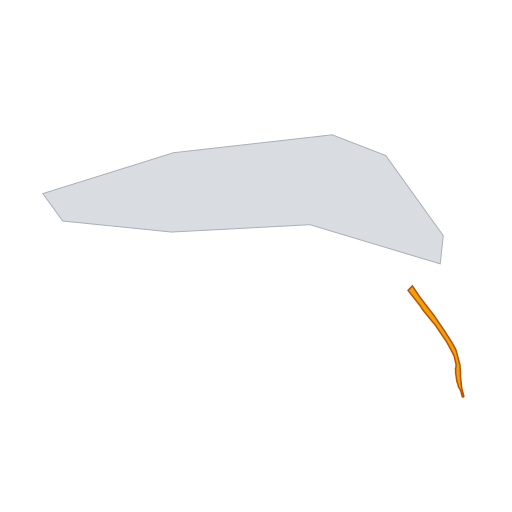 Tekavatoetoe, Tuvalu shown in context, rotated 274°
{"feature_id": "33948139B21939917075159", "entity_name": "Tekavatoetoe", "entity_type": "district", "adm_level": 2, "iso_a3": "TUV", "parent_name": "Tuvalu", "parent_adm1": "", "projection": "mercator", "projection_center": [179.18, -8.535], "detail": "fine", "context": "in_parent", "style": "filled", "palette": "amber", "viewbox_px": 512, "rotation_deg": 274, "n_neighbors": 0, "source": "geoboundaries", "source_scale": "gbopen_adm2", "svg_char_len": 1059}
<svg xmlns="http://www.w3.org/2000/svg" viewBox="0 0 512 512"><g transform="rotate(274 256 256)"><path d="M365.2,378.5L289.3,441.4L261.0,440.3L291.0,307.5L274.0,170.1L277.4,60.7L303.4,39.0L353.3,166.6L382.2,323.5L365.2,378.5Z" fill="#d9dde1" stroke="#a8b0b8" stroke-width="1"/><path d="M232.3,410.1L224.9,416.8L217.5,423.5L215.1,425.2L212.9,427.0L206.1,433.4L199.4,439.8L196.7,441.9L183.5,452.3L173.1,458.8L170.1,460.6L165.9,461.9L162.4,463.0L161.2,463.2L158.8,463.2L158.1,463.1L157.3,462.8L156.5,463.0L155.7,463.2L154.0,463.2L146.8,464.7L145.1,465.1L143.7,465.6L143.1,466.0L141.0,466.7L139.8,467.0L138.8,467.7L137.5,468.7L135.1,469.9L133.5,470.4L131.7,471.0L130.4,471.4L130.0,471.6L129.8,471.8L129.8,472.1L129.8,472.5L129.9,472.8L130.1,473.0L131.0,473.0L133.4,472.2L136.2,471.2L137.7,470.6L141.6,469.9L150.0,468.4L153.5,468.2L161.6,467.0L170.8,463.9L174.5,462.7L175.6,462.3L178.6,460.6L183.6,457.3L194.0,449.6L200.1,444.8L209.0,437.8L220.8,427.3L227.1,421.8L237.1,414.1L233.3,410.9L232.3,410.1Z" fill="#f59e0b" stroke="#b45309" stroke-width="1.5"/></g></svg>